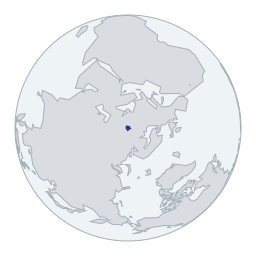 Tula highlighted on a globe, orthographic projection, rotated 164°
{"feature_id": "RUS-2368", "entity_name": "Tula", "entity_type": "Region", "adm_level": 1, "iso_a3": "RUS", "parent_name": "Russia", "parent_adm1": "", "projection": "orthographic", "projection_center": [37.489, 53.9], "detail": "fine", "context": "on_globe", "style": "filled", "palette": "blue", "viewbox_px": 256, "rotation_deg": 164, "n_neighbors": 0, "source": "natural_earth", "source_scale": "10m", "svg_char_len": 11359}
<svg xmlns="http://www.w3.org/2000/svg" viewBox="0 0 256 256"><g transform="rotate(164 128 128)"><circle cx="128" cy="128" r="113" fill="#eef3f6" stroke="#a8b0b8"/><path d="M90.1,21.9L93.4,20.8L101.3,19.1L105.0,20.8L101.9,21.1L103.1,21.7L107.2,21.4L109.5,21.0L119.3,24.1L132.4,25.9L137.2,25.0L135.6,26.5L145.3,24.0L152.9,25.0L143.8,24.9L142.6,25.7L147.5,26.7L147.3,27.8L149.5,28.9L148.8,30.2L143.6,30.3L143.0,31.1L146.6,31.8L148.1,33.7L143.0,32.5L145.1,35.7L136.8,36.9L123.8,33.5L118.7,36.0L104.0,37.6L104.9,38.8L99.9,40.5L99.0,42.6L96.5,42.5L98.0,44.4L100.4,44.1L101.8,44.8L101.5,46.1L98.3,46.1L98.0,45.5L96.9,46.2L95.5,45.7L96.0,46.7L92.2,46.7L95.5,48.6L92.1,50.3L89.6,49.8L90.5,47.3L87.1,40.5L84.9,39.6L81.0,40.6L72.1,47.7L69.4,47.9L65.3,50.0L66.5,51.0L70.1,49.7L71.3,52.2L75.6,50.6L76.7,51.4L80.8,51.0L79.5,53.8L75.9,57.0L72.4,57.6L70.7,59.1L73.5,60.9L66.4,64.6L60.7,71.7L59.0,72.5L56.6,69.4L58.0,63.0L54.9,59.7L56.2,64.8L51.8,67.0L50.7,68.7L50.6,70.4L51.9,70.8L50.3,72.3L48.4,67.6L49.9,66.2L50.5,67.6L51.1,64.7L49.8,62.0L47.7,63.5L48.0,58.3L46.5,59.4L45.7,59.0L48.1,57.6L43.8,60.2L43.8,55.9L37.9,61.2L44.5,54.0L47.4,50.6L50.3,47.2L49.3,47.9L54.5,42.9L57.1,40.5L64.7,34.9L72.8,29.8L81.3,25.5L90.1,21.9ZM21.0,92.9L18.8,101.1L18.7,101.2L16.3,113.8L15.7,125.0L15.5,130.0L15.4,130.6L15.6,134.4L15.7,135.7L18.2,151.1L20.9,161.2L21.8,165.2L21.5,164.7L19.1,157.0L17.3,149.1L16.1,141.0L15.5,132.9L15.4,124.8L15.9,116.7L17.0,108.6L18.7,100.7L21.0,92.9ZM36.6,62.5L29.8,73.5L32.2,69.0L32.0,69.4L34.0,66.2L37.3,61.4L39.8,57.9L36.6,62.5ZM36.9,63.5L38.0,61.9L37.2,63.3L36.9,63.5ZM110.6,20.8L107.3,21.3L103.7,21.3L106.5,20.7L110.6,20.8ZM117.3,21.4L115.7,21.8L114.4,20.9L115.7,20.9L117.3,21.4ZM140.8,24.2L138.1,23.9L140.8,23.9L140.8,24.2ZM150.0,28.9L150.8,28.7L151.6,29.4L150.0,28.9ZM81.3,49.4L81.0,50.2L80.4,49.9L81.3,49.4ZM83.3,48.6L82.7,47.7L83.6,47.2L83.9,47.7L83.3,48.6ZM151.2,32.0L152.3,33.4L150.3,32.0L151.2,32.0ZM83.8,49.8L85.2,46.4L86.7,45.5L89.3,46.9L83.8,49.8ZM152.3,34.2L154.9,37.6L157.0,37.3L152.6,40.1L151.8,36.2L149.1,34.5L151.4,34.9L152.3,34.2ZM101.3,43.5L98.7,43.8L101.1,42.3L101.3,43.5ZM102.5,42.4L107.9,37.2L111.6,37.4L109.0,39.0L114.0,38.6L113.2,41.2L110.2,42.1L108.0,41.3L109.4,42.9L102.5,42.4ZM149.8,41.2L149.6,42.2L148.8,41.2L149.8,41.2ZM102.6,45.0L103.4,43.9L106.6,44.0L105.7,46.3L104.9,45.5L102.6,45.0ZM115.7,37.2L118.0,37.8L117.9,40.1L118.8,40.6L113.5,41.3L115.7,37.2ZM104.0,46.2L105.1,47.5L103.3,48.7L102.1,46.2L104.0,46.2ZM107.8,43.1L109.3,43.3L108.2,43.9L107.8,43.1ZM97.6,53.8L98.4,52.3L100.2,52.2L97.6,53.8ZM105.6,47.9L106.3,47.6L107.0,47.4L107.4,48.5L105.6,47.9ZM113.8,42.9L113.3,43.8L115.9,42.8L116.0,44.5L112.4,44.7L114.0,45.4L114.0,45.9L111.1,45.5L113.8,42.9ZM110.1,49.2L105.5,50.2L103.6,52.9L102.0,53.1L105.4,48.7L110.1,49.2ZM110.9,47.0L110.0,48.4L108.5,47.8L108.1,46.5L110.9,47.0ZM117.3,45.7L118.2,42.9L118.9,43.0L117.3,45.7ZM109.8,50.1L110.9,49.8L109.9,50.3L109.8,50.1ZM115.4,47.1L115.6,46.1L116.4,46.2L115.4,47.1ZM112.9,50.2L111.5,50.5L111.2,49.6L112.9,50.2ZM114.3,48.9L115.4,49.3L112.0,49.1L114.2,48.4L114.3,48.9ZM116.1,47.4L116.7,47.1L115.9,47.8L116.1,47.4ZM114.9,53.5L110.6,53.5L109.9,51.5L114.2,51.8L114.9,53.5ZM43.3,179.1L38.6,161.5L41.8,158.7L42.9,152.3L65.2,142.9L69.2,147.1L86.0,151.6L88.0,153.3L85.3,158.4L97.3,169.1L102.0,165.5L113.6,171.2L121.7,171.7L125.9,161.4L112.5,160.3L110.9,154.7L122.2,151.0L134.0,151.9L133.7,149.8L126.9,144.9L130.2,141.0L124.6,142.9L126.4,145.2L122.9,146.5L121.1,144.5L122.3,143.2L118.9,141.9L113.9,149.1L115.2,152.3L106.0,152.2L107.3,157.5L104.5,159.4L101.3,151.1L102.1,148.5L95.6,138.3L93.9,141.1L100.0,150.9L97.8,149.8L95.6,153.9L95.6,149.9L89.5,138.7L81.5,137.5L70.4,144.6L66.0,143.0L62.8,138.4L67.9,128.2L77.2,132.8L79.1,129.6L78.2,122.7L81.1,124.8L81.8,122.7L85.4,124.2L91.4,120.9L95.2,121.8L98.4,115.5L100.8,115.2L98.2,118.9L98.4,122.1L107.9,124.4L110.0,123.4L111.4,119.2L113.8,120.5L113.9,116.2L119.8,115.5L112.7,112.9L114.0,108.2L118.1,105.2L117.2,103.3L110.7,108.2L109.2,110.7L110.0,113.5L104.9,120.1L101.4,120.5L101.9,112.0L97.0,111.7L99.6,105.5L115.8,95.5L122.1,94.1L130.7,101.5L128.7,104.4L124.6,103.1L127.6,108.5L127.7,106.0L129.8,107.2L131.6,103.4L133.1,104.0L132.3,99.3L134.4,99.7L134.9,102.7L139.4,97.6L143.9,97.5L144.2,96.0L143.2,94.5L149.7,95.5L149.6,94.4L147.4,93.7L145.9,91.1L145.6,86.9L147.9,87.5L148.3,89.0L152.5,93.3L153.2,97.6L154.1,97.4L154.0,93.9L148.9,88.6L148.1,86.0L150.8,88.1L149.8,87.1L150.1,86.0L152.5,85.5L149.6,83.1L150.1,70.8L154.8,68.8L157.2,71.9L159.9,64.6L165.0,63.3L163.0,62.6L162.9,58.9L161.3,59.2L160.4,58.6L159.5,49.7L161.0,48.2L158.4,44.0L157.3,43.7L156.1,44.5L152.6,40.1L157.0,37.3L159.1,38.2L160.4,36.0L165.0,38.4L169.4,39.5L173.7,43.7L176.8,44.4L177.0,43.5L181.4,44.0L189.8,48.4L182.3,48.7L169.5,43.9L174.6,46.1L173.3,46.8L175.0,48.5L178.7,50.0L179.2,49.4L184.0,59.2L192.5,66.8L192.4,62.7L195.0,62.2L204.4,68.3L214.6,85.5L218.2,85.8L220.1,87.8L220.9,91.8L218.1,89.0L216.5,90.5L214.8,88.4L215.1,94.3L212.6,91.5L214.1,97.6L216.4,98.4L217.1,94.1L219.4,100.8L223.4,100.7L226.7,104.7L229.7,119.2L228.5,128.1L229.0,129.9L227.0,130.9L226.6,137.1L232.1,140.2L232.7,142.5L231.0,152.3L230.6,150.8L225.3,153.3L225.9,159.9L230.0,159.2L231.5,162.4L229.0,164.8L227.4,162.1L225.5,162.9L224.8,157.7L221.0,152.6L218.5,157.7L217.6,154.5L212.0,151.7L207.7,158.7L201.7,174.0L202.7,182.2L199.8,187.8L191.7,180.5L188.4,173.1L185.3,175.7L177.1,171.5L162.6,176.3L160.6,174.3L157.9,176.2L152.1,175.0L149.3,171.5L145.8,172.4L153.4,181.5L157.2,180.5L160.6,175.6L162.0,179.0L167.6,180.7L160.9,191.1L139.5,201.8L137.7,195.6L123.0,177.0L123.7,174.7L123.5,174.0L121.8,177.7L119.4,173.6L126.9,187.5L128.0,193.1L139.2,202.2L138.0,203.2L141.7,204.8L153.9,200.7L153.9,202.7L148.0,212.4L131.4,224.1L133.8,229.7L132.9,233.8L123.0,236.0L124.4,238.1L119.3,238.5L119.3,239.3L115.5,239.6L109.0,239.0L97.5,236.4L96.4,236.0L90.0,233.2L81.0,225.5L83.4,223.2L82.2,219.9L73.9,209.1L75.7,204.9L73.6,201.8L69.2,200.4L66.8,196.5L64.1,195.1L47.9,186.6L43.3,179.1ZM56.8,151.2L56.1,153.0L56.8,151.2ZM146.1,158.1L153.4,157.4L150.7,150.9L153.2,150.1L151.4,148.3L150.4,150.4L145.9,145.2L149.3,142.6L148.7,139.5L146.2,139.7L140.8,145.4L147.2,152.8L145.3,155.9L146.1,158.1ZM18.8,101.4L18.3,103.2L18.6,101.7L18.8,101.4ZM31.7,69.5L30.7,71.4L29.8,72.8L30.5,71.6L31.7,69.5ZM24.6,85.2L23.8,87.7L24.3,85.6L24.6,85.2ZM28.9,75.2L25.3,83.3L26.4,79.8L28.8,74.8L27.6,77.5L28.9,75.2ZM35.9,64.2L35.0,65.6L34.7,65.7L35.9,64.2ZM36.3,64.6L36.5,64.2L37.3,63.2L36.3,64.6ZM51.9,67.3L52.0,67.7L51.4,69.6L51.0,68.9L51.9,67.3ZM53.4,76.9L50.7,79.1L52.3,77.0L51.1,76.4L53.0,71.4L58.2,72.7L55.5,72.9L53.4,76.9ZM57.0,65.4L55.2,68.2L57.0,65.1L57.0,65.4ZM82.4,110.3L83.3,112.4L81.5,114.5L76.7,113.9L79.3,110.9L82.4,110.3ZM85.0,115.1L86.9,107.1L89.9,107.4L87.9,108.5L89.7,109.5L87.0,111.7L88.1,119.9L86.6,122.2L78.5,119.5L82.0,119.0L80.9,116.9L85.0,115.1ZM86.2,88.2L87.0,85.3L92.5,89.5L91.1,91.8L86.3,91.2L85.1,88.2L86.2,88.2ZM88.1,53.2L88.1,52.2L89.0,52.1L89.8,53.0L88.1,53.2ZM97.8,53.1L89.2,57.9L88.8,56.9L84.3,61.2L81.3,60.2L84.3,57.5L78.7,60.1L80.2,57.2L76.5,59.3L83.4,53.2L84.5,50.9L84.4,53.8L87.2,54.7L88.7,54.4L93.8,51.8L97.5,47.5L100.8,47.8L102.1,49.2L101.7,50.3L99.7,49.7L100.7,51.6L97.4,51.6L97.8,53.1ZM115.9,68.2L113.7,66.6L115.0,71.3L111.8,70.9L112.1,71.5L109.5,72.5L107.0,74.8L105.6,74.2L105.2,75.4L103.5,76.1L102.5,77.6L99.7,77.1L98.2,78.8L97.7,77.6L95.9,80.8L96.0,78.2L93.8,79.1L94.9,81.1L82.4,75.9L77.0,76.1L72.6,77.7L73.3,73.3L78.0,69.2L84.3,65.9L89.4,66.6L88.8,64.6L91.0,64.4L90.5,66.0L92.6,63.3L94.3,63.6L100.0,61.3L101.9,57.5L104.0,56.7L104.1,58.3L106.2,56.4L107.8,58.9L109.4,58.4L112.5,60.6L111.8,64.2L113.6,63.4L116.1,65.1L115.9,68.2ZM115.7,54.2L115.6,58.4L113.7,60.3L109.0,55.8L107.4,55.9L104.3,53.3L107.0,50.7L107.6,51.6L108.8,52.0L107.5,52.7L109.5,52.4L110.5,53.7L112.3,53.9L111.7,55.2L115.7,54.2ZM90.7,152.0L92.3,152.7L94.9,153.2L93.6,156.0L90.7,152.0ZM86.3,144.4L87.9,144.6L87.3,148.5L85.6,147.8L86.3,144.4ZM89.2,141.4L88.0,144.3L87.7,142.3L89.2,141.4ZM99.7,118.9L101.3,118.9L101.3,119.9L100.2,121.2L99.7,118.9ZM119.1,82.9L118.1,81.4L118.7,81.0L118.8,77.3L121.2,77.4L122.1,79.6L119.1,82.9ZM123.4,163.1L120.7,165.0L119.6,164.0L120.7,163.5L123.4,163.1ZM106.2,161.0L109.9,163.0L105.8,161.8L106.2,161.0ZM121.7,82.3L121.4,80.8L122.8,81.8L121.7,82.3ZM122.9,77.3L124.6,78.1L121.5,76.9L122.9,77.3ZM152.4,231.0L145.0,237.4L139.6,238.0L138.5,236.8L141.1,233.3L147.3,231.4L150.4,229.0L152.4,231.0ZM237.1,156.0L233.4,166.6L231.6,169.9L232.3,167.9L235.2,161.5L237.1,156.0ZM232.1,168.2L229.0,171.2L222.9,169.9L225.1,167.3L231.2,164.4L230.9,165.9L232.7,164.7L232.1,168.2ZM238.6,147.0L238.2,150.5L236.4,156.2L235.4,158.4L234.8,156.5L235.2,153.5L236.0,151.4L238.0,136.2L239.0,134.8L238.7,140.3L239.4,140.4L238.6,147.0ZM203.2,182.6L206.0,185.4L204.2,187.5L203.2,182.6ZM237.7,128.0L237.6,134.5L237.4,127.3L237.7,128.0ZM236.9,122.3L237.4,123.6L236.7,123.6L236.9,122.3ZM230.0,132.2L229.1,134.8L228.6,133.7L229.3,129.8L230.0,132.2ZM229.3,108.2L231.2,111.5L231.7,113.1L230.4,112.2L229.3,108.2ZM141.7,82.2L138.9,87.1L138.5,91.0L140.7,93.6L136.4,92.1L137.0,86.1L141.7,82.2ZM148.8,72.1L146.8,70.0L148.4,69.6L149.1,70.0L148.8,72.1ZM147.1,71.7L143.2,71.6L142.6,69.6L145.8,70.1L147.1,71.7ZM132.4,76.8L131.4,78.2L130.4,77.3L132.4,76.8ZM239.8,141.8L239.8,141.4L239.4,144.9L239.2,146.2L239.0,147.0L239.2,145.0L239.6,140.0L239.9,136.9L240.5,129.9L239.7,139.3L239.9,140.0L240.3,135.3L240.0,139.7L240.0,140.0L239.8,141.8ZM240.6,127.5L240.6,127.0L240.6,124.8L240.6,125.3L240.6,127.5ZM240.0,124.9L239.3,125.1L239.2,128.5L238.9,120.0L239.7,121.2L240.0,124.9ZM238.6,121.6L238.6,124.8L238.3,120.4L238.6,121.6ZM238.3,124.5L237.7,123.0L238.0,121.5L238.3,124.5ZM238.8,120.5L237.9,117.1L238.5,117.9L238.8,120.5ZM236.1,119.8L237.8,118.9L236.6,122.7L234.1,117.1L234.4,114.9L236.1,119.8ZM222.3,84.8L220.9,83.7L220.5,81.4L221.6,82.8L222.3,84.8ZM217.8,73.4L219.9,80.4L221.3,86.4L222.0,85.7L224.4,89.4L222.1,89.0L219.4,82.9L218.7,78.9L216.4,76.2L214.6,72.2L211.6,70.0L210.1,67.7L212.6,68.5L217.8,73.4ZM210.3,69.3L204.4,64.7L204.6,61.7L206.0,62.0L208.6,65.3L208.3,66.7L210.3,69.3ZM203.0,62.7L202.7,64.1L193.3,61.5L191.3,60.2L198.6,60.3L198.7,61.6L201.0,62.9L203.0,62.7ZM150.8,42.2L149.7,42.2L150.5,41.6L150.8,42.2ZM159.5,58.8L158.3,57.9L159.3,57.2L159.5,58.8ZM155.6,55.0L155.3,56.4L154.6,54.6L155.6,55.0ZM154.9,59.8L154.8,56.9L156.3,60.0L154.9,59.8Z" fill="#d9dde1" stroke="#a8b0b8" stroke-width="1"/><path d="M129.6,128.6L129.4,128.7L129.4,128.8L129.5,128.8L129.4,128.8L129.5,128.9L129.5,129.0L129.4,129.1L129.2,129.2L129.3,129.3L129.3,129.5L129.2,129.7L129.0,129.8L128.9,129.7L128.7,129.7L128.4,129.7L128.4,129.8L128.4,129.7L128.2,129.5L128.1,129.4L128.1,129.2L127.9,129.2L127.7,129.2L127.7,129.3L127.6,129.2L127.4,129.2L127.2,129.2L127.0,128.9L126.9,129.0L126.8,128.9L126.7,128.9L126.6,128.7L126.4,128.7L126.3,128.4L126.2,128.3L126.2,128.2L126.3,128.0L126.3,127.9L126.4,127.7L126.5,127.7L126.4,127.6L126.3,127.4L126.5,127.5L126.5,127.4L126.8,127.4L126.8,127.2L127.1,127.2L127.1,127.3L127.2,127.2L127.3,127.2L127.4,126.9L127.2,126.8L127.2,126.7L127.3,126.6L127.5,126.7L127.7,126.4L127.7,126.2L127.9,126.2L128.0,126.2L128.0,126.3L128.3,126.4L128.3,126.2L128.5,126.2L128.5,126.3L128.7,126.5L128.8,126.4L128.8,126.5L129.0,126.5L129.1,126.8L129.1,127.0L129.3,127.3L129.4,127.5L129.4,127.4L129.5,127.4L129.5,127.5L129.4,127.6L129.4,127.8L129.5,127.8L129.6,128.0L129.5,128.3L129.6,128.5L129.6,128.6Z" fill="#3b82f6" stroke="#1e3a8a" stroke-width="1.5"/></g></svg>